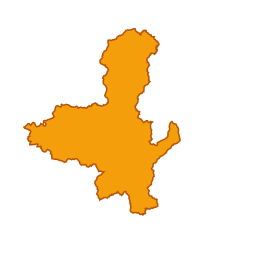 the district of Mueang Chiang Rai, Chiang Rai, Thailand, rotated 226°
{"feature_id": "78962969B25429486303013", "entity_name": "Mueang Chiang Rai", "entity_type": "district", "adm_level": 2, "iso_a3": "THA", "parent_name": "Thailand", "parent_adm1": "Chiang Rai", "projection": "natural_earth1", "projection_center": [99.821, 19.878], "detail": "fine", "context": "isolated", "style": "filled", "palette": "amber", "viewbox_px": 256, "rotation_deg": 226, "n_neighbors": 0, "source": "geoboundaries", "source_scale": "gbopen_adm2", "svg_char_len": 5802}
<svg xmlns="http://www.w3.org/2000/svg" viewBox="0 0 256 256"><g transform="rotate(226 128 128)"><path d="M51.1,94.9L52.8,96.6L54.9,97.3L56.3,99.2L57.0,99.1L57.7,98.0L59.5,98.1L60.8,97.0L62.5,97.8L63.5,96.7L65.1,96.5L67.3,97.7L68.1,99.7L69.9,99.7L71.4,100.2L71.5,104.6L71.0,105.5L72.7,107.2L73.7,109.9L74.8,111.0L75.3,112.2L75.1,113.3L78.7,115.5L79.0,116.7L80.0,116.9L81.7,116.3L82.4,116.7L82.8,118.9L84.8,121.3L84.8,122.2L83.8,123.6L84.0,125.4L85.2,127.3L84.6,129.5L85.1,131.0L84.2,133.7L83.7,138.4L83.9,139.2L84.4,139.6L84.7,142.0L83.9,144.9L84.9,147.8L84.2,148.6L84.5,150.3L83.5,151.2L82.9,153.0L82.8,156.7L84.1,157.9L85.2,158.0L85.8,158.9L89.9,161.1L91.1,162.3L91.3,162.9L93.3,164.1L95.3,164.3L97.2,165.2L99.9,163.7L102.1,164.1L102.4,162.5L101.7,160.7L101.3,160.5L100.6,158.8L98.0,157.1L97.2,153.9L94.4,151.0L94.1,149.3L94.5,146.3L96.1,142.2L97.0,138.8L95.3,137.3L95.6,136.4L96.2,135.9L99.0,135.2L99.2,134.0L100.8,133.2L103.6,133.9L103.2,134.5L103.4,135.6L102.9,136.1L103.3,137.7L104.6,137.6L105.3,138.4L106.6,138.7L107.1,140.6L109.5,142.5L110.0,143.6L111.6,143.8L114.4,146.1L115.4,147.9L115.3,149.8L116.9,148.9L117.3,146.9L117.9,146.5L119.5,147.1L120.1,146.7L120.5,146.1L121.0,142.9L124.8,143.5L128.6,142.3L129.0,142.6L130.2,144.9L129.9,145.8L131.4,146.8L131.5,147.6L132.1,147.5L133.0,146.7L134.2,146.8L134.7,146.3L134.9,147.0L136.5,147.0L138.7,148.1L138.8,150.0L139.3,150.7L139.6,152.5L141.8,155.6L142.9,155.4L143.8,156.8L144.3,160.6L143.2,162.0L143.7,164.0L143.1,164.5L146.5,168.3L146.5,170.5L145.6,172.5L146.2,174.6L146.1,176.0L147.9,175.9L148.6,177.2L150.1,178.0L150.3,178.7L153.0,179.4L153.5,181.2L155.3,181.1L156.2,182.3L157.0,182.3L157.8,184.2L158.3,187.1L158.8,186.9L160.4,188.0L161.7,187.3L161.9,188.1L163.8,188.7L164.8,190.3L164.5,192.5L165.1,193.7L164.9,195.1L165.4,195.6L165.3,196.2L165.6,196.0L165.5,196.8L163.2,198.5L162.7,198.3L162.5,199.7L163.2,200.0L163.0,201.7L163.4,201.9L163.2,202.2L163.7,203.1L164.0,202.7L164.4,203.3L164.9,203.1L165.4,204.1L165.9,204.1L166.0,203.8L166.8,204.6L166.6,205.6L165.9,205.8L166.4,206.7L166.9,206.4L166.4,208.1L167.3,208.8L168.8,208.9L169.7,209.5L170.4,208.8L172.8,209.0L174.0,208.5L175.0,209.3L175.4,210.3L177.3,208.5L177.9,208.5L178.6,209.2L181.0,208.1L181.8,208.4L184.8,207.8L185.4,208.7L186.7,208.1L186.9,208.3L186.7,207.9L187.0,207.4L186.7,207.4L187.4,206.4L187.1,205.0L187.4,204.5L187.3,203.8L187.1,203.9L187.2,203.0L186.1,201.9L187.0,201.5L187.7,202.2L188.3,202.1L189.5,201.2L190.4,201.5L191.4,200.9L193.3,201.3L194.0,202.0L194.7,201.9L195.4,201.1L196.4,198.5L197.6,196.7L198.8,196.0L199.2,194.6L199.7,194.2L199.3,193.2L199.4,191.6L198.9,189.2L199.8,186.6L200.5,186.2L200.9,183.2L200.0,181.6L200.9,180.5L201.1,179.1L202.1,178.3L202.5,176.8L204.4,175.6L204.9,174.5L203.3,172.9L201.6,172.0L200.6,170.7L200.4,169.2L199.0,166.1L199.8,164.1L199.2,163.2L198.9,161.4L197.7,160.2L197.8,159.4L196.4,158.6L196.1,154.8L194.6,153.5L193.3,153.1L189.2,154.7L189.0,155.2L188.3,154.6L187.8,155.0L187.2,154.4L185.5,155.0L183.7,154.4L183.1,153.6L183.0,152.2L181.8,150.5L181.5,147.6L182.1,147.3L182.3,146.6L181.5,144.5L180.2,144.6L178.7,142.4L176.9,141.1L174.0,141.2L171.6,140.4L169.9,138.9L167.5,133.8L165.7,133.4L164.5,133.9L163.0,133.8L160.3,131.9L160.3,131.2L160.9,130.4L160.1,130.8L159.9,130.5L160.4,127.5L161.0,126.8L161.7,126.6L161.4,125.2L162.5,123.8L164.5,123.0L165.3,122.0L165.5,122.4L166.5,121.9L166.7,122.4L168.7,121.9L170.0,118.4L169.0,117.0L169.4,116.1L170.0,116.2L171.1,115.6L170.8,114.8L171.3,113.8L170.8,113.2L171.4,111.5L172.9,111.0L173.8,109.5L175.8,108.5L177.0,106.0L178.1,106.4L179.3,106.2L180.0,104.3L181.1,103.1L183.1,101.8L185.5,101.4L187.0,100.6L188.1,99.7L189.0,97.4L191.2,96.7L191.1,96.2L190.0,95.2L189.9,94.4L190.8,93.6L192.8,92.9L193.5,91.9L193.5,90.9L191.3,87.0L191.1,83.9L187.5,82.6L187.2,81.9L188.5,78.2L189.7,76.0L189.9,74.6L191.4,73.1L191.7,72.2L190.8,71.2L189.1,72.1L188.3,72.1L187.1,70.6L187.1,69.6L187.5,69.0L188.6,68.9L189.9,69.8L190.3,68.9L191.8,68.3L190.9,66.5L191.7,64.1L192.4,63.3L194.1,63.1L196.3,64.3L197.8,63.6L198.1,62.8L197.5,59.8L199.5,60.0L200.5,59.1L200.4,54.9L200.9,53.8L200.6,53.6L199.5,53.6L196.5,55.2L195.1,55.3L194.9,55.9L193.2,55.8L192.2,54.4L192.2,53.6L191.6,52.4L190.3,51.5L191.1,50.2L190.1,49.2L190.1,48.4L188.9,48.3L188.5,47.7L187.1,47.7L186.3,48.1L186.4,48.4L185.8,48.9L184.8,46.2L184.1,45.7L180.9,49.5L180.4,50.7L178.9,51.9L177.8,49.6L176.0,51.3L175.4,52.6L174.8,52.5L173.9,51.1L172.5,51.3L171.2,50.5L169.5,50.9L168.3,51.8L168.4,55.3L166.0,56.1L164.3,56.1L163.7,54.6L162.7,54.3L162.0,54.7L158.8,52.0L155.6,54.2L154.7,55.3L152.3,56.2L150.5,57.6L147.6,58.4L146.7,60.0L147.4,62.0L147.4,63.6L146.5,64.5L144.4,65.4L144.0,66.9L142.7,67.4L142.5,68.8L141.3,69.9L137.2,69.6L135.9,68.7L133.9,68.6L131.2,71.9L130.4,72.1L128.9,71.6L127.2,72.6L127.2,74.9L126.1,75.2L126.4,75.6L126.0,76.7L126.5,77.1L125.4,78.8L123.9,79.4L122.7,78.5L118.2,77.4L117.2,76.6L116.1,78.5L114.0,79.2L113.3,80.1L113.0,76.4L114.0,73.7L114.0,71.3L112.8,70.2L112.6,67.6L111.5,66.0L109.0,64.9L106.4,64.7L105.3,63.3L104.0,63.6L102.2,59.6L99.8,59.5L98.4,58.3L96.9,58.3L95.8,57.7L95.8,58.6L95.3,59.5L94.5,62.4L93.6,63.6L91.9,64.6L92.2,66.1L91.5,66.8L92.1,67.7L91.3,69.2L91.7,69.6L91.6,70.4L90.7,70.3L90.2,70.8L90.6,71.7L89.0,74.8L89.4,75.2L88.9,75.6L89.2,76.4L88.0,76.1L86.0,76.5L85.4,76.1L84.7,76.9L83.9,76.7L83.9,78.1L84.7,80.1L84.3,81.8L83.7,82.3L82.1,81.3L81.1,81.7L78.3,81.4L77.2,80.8L76.9,79.9L74.4,78.9L72.5,77.1L71.5,77.2L71.1,76.4L69.8,75.8L69.2,74.9L68.6,74.8L68.1,73.5L66.8,72.1L66.0,71.9L63.5,72.5L62.7,73.9L60.9,75.6L60.2,75.7L59.8,76.7L57.4,76.6L56.4,78.1L55.1,78.3L55.0,78.8L55.8,79.5L54.8,80.2L54.6,80.9L55.1,80.8L55.0,81.5L55.9,82.1L56.5,82.9L56.4,83.5L57.4,84.5L57.9,84.3L58.0,84.9L57.3,85.7L56.6,85.5L54.5,87.4L54.3,89.2L52.9,90.2L53.1,91.3L51.7,93.0L51.1,94.9Z" fill="#f59e0b" stroke="#b45309" stroke-width="1.5"/></g></svg>